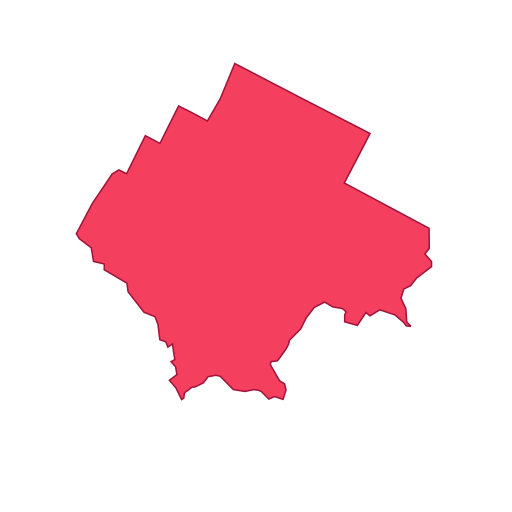 Levy, Florida, United States of America, rotated 298°
{"feature_id": "52423323B45505395463487", "entity_name": "Levy", "entity_type": "district", "adm_level": 2, "iso_a3": "USA", "parent_name": "United States of America", "parent_adm1": "Florida", "projection": "equal_earth", "projection_center": [-82.881, 29.292], "detail": "fine", "context": "isolated", "style": "filled", "palette": "rose", "viewbox_px": 512, "rotation_deg": 298, "n_neighbors": 0, "source": "geoboundaries", "source_scale": "gbopen_adm2", "svg_char_len": 1315}
<svg xmlns="http://www.w3.org/2000/svg" viewBox="0 0 512 512"><g transform="rotate(298 256 256)"><path d="M94.3,257.7L96.6,259.0L101.2,257.2L102.6,257.6L110.4,261.2L111.5,263.4L119.1,269.0L127.0,270.4L131.9,276.7L133.0,280.9L127.4,298.7L131.2,309.8L137.0,316.8L138.7,321.5L138.8,324.5L135.7,334.5L140.6,338.4L142.1,347.2L151.8,345.4L156.6,341.2L156.9,335.5L166.3,320.4L168.2,319.0L170.1,319.3L173.4,324.0L175.4,324.5L187.9,326.2L193.3,326.2L197.5,325.1L212.5,329.7L224.8,329.4L238.0,331.6L247.5,338.2L247.1,347.7L250.0,356.4L249.9,358.6L249.0,361.7L245.5,362.0L239.5,365.2L242.3,378.1L257.7,379.6L256.6,384.7L266.6,390.6L269.2,406.2L266.7,417.5L264.8,421.4L266.3,425.2L267.0,425.1L268.4,420.2L280.0,412.9L286.8,403.8L296.3,402.0L302.3,406.4L312.0,408.2L329.0,416.0L333.5,413.6L337.1,404.2L344.1,405.4L361.7,395.8L361.9,299.7L402.1,299.4L417.7,299.2L416.6,216.9L416.0,146.9L378.0,150.6L352.4,149.7L352.5,131.6L352.1,117.2L310.3,118.3L310.3,101.8L267.9,103.1L267.7,94.5L260.9,90.5L225.5,86.8L191.3,86.9L188.3,91.9L185.9,106.7L174.9,115.1L177.7,125.8L172.6,128.4L171.4,154.8L164.4,159.8L153.7,183.6L155.0,195.3L149.5,201.6L136.9,210.4L137.9,216.5L134.2,221.0L139.1,223.5L126.4,232.9L122.8,230.6L120.4,237.1L114.1,241.8L105.6,237.9L102.0,247.1L94.3,257.7Z" fill="#f43f5e" stroke="#9f1239" stroke-width="1.5"/></g></svg>